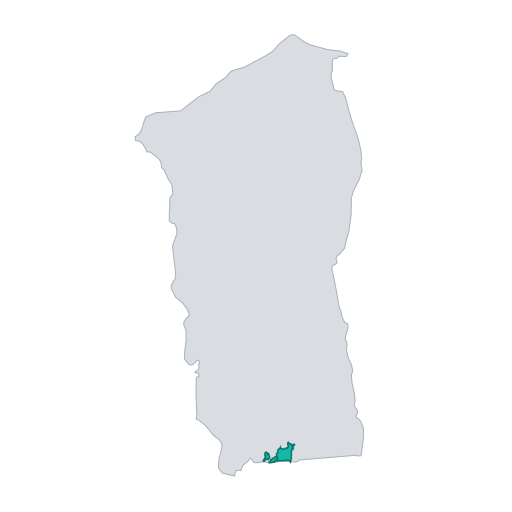 Kasena Nankana West, Upper East, Ghana (highlighted), rotated 176°
{"feature_id": "2480657B70680953475259", "entity_name": "Kasena Nankana West", "entity_type": "district", "adm_level": 2, "iso_a3": "GHA", "parent_name": "Ghana", "parent_adm1": "Upper East", "projection": "equal_earth", "projection_center": [-1.202, 10.874], "detail": "fine", "context": "in_parent", "style": "filled", "palette": "teal", "viewbox_px": 512, "rotation_deg": 176, "n_neighbors": 0, "source": "geoboundaries", "source_scale": "gbopen_adm2", "svg_char_len": 6654}
<svg xmlns="http://www.w3.org/2000/svg" viewBox="0 0 512 512"><g transform="rotate(176 256 256)"><path d="M304.2,41.5L307.5,45.6L308.2,47.9L307.0,56.7L304.7,62.8L303.2,68.6L303.4,71.5L304.8,74.4L309.7,78.9L312.2,81.8L315.2,86.3L318.6,90.7L324.5,96.3L327.0,97.4L326.9,98.9L326.1,101.1L325.5,122.3L325.1,127.7L324.7,130.5L324.2,138.4L323.5,139.5L322.4,139.4L321.4,139.7L321.2,141.3L321.6,142.9L325.1,144.0L324.3,145.2L321.7,146.3L320.5,148.7L321.1,151.4L319.6,153.6L320.0,155.1L321.0,156.1L322.4,155.8L326.6,152.1L328.3,151.7L330.4,152.5L334.4,158.0L334.5,160.7L333.0,170.1L331.4,177.3L331.1,186.9L332.8,192.3L332.6,195.2L330.8,197.8L326.7,201.5L327.0,204.0L328.9,208.7L332.3,214.0L339.1,220.5L342.6,229.0L342.7,232.4L340.6,235.9L338.2,238.9L337.4,243.2L338.6,271.7L333.3,284.0L333.2,287.5L333.8,291.6L335.2,294.1L337.9,294.8L340.1,297.2L339.4,305.8L338.2,314.7L338.0,319.0L337.4,321.0L335.3,322.7L334.5,325.4L335.0,328.9L334.6,331.4L335.8,334.7L338.2,338.9L342.1,349.1L343.6,349.9L344.3,352.0L343.9,354.1L345.4,358.6L349.7,363.1L354.3,367.1L357.9,367.6L358.8,371.2L361.2,375.7L363.0,377.6L365.8,378.9L368.1,379.6L368.2,383.4L364.1,386.0L361.3,389.9L359.2,395.9L356.2,402.4L346.0,405.9L342.1,405.9L321.2,406.0L301.7,419.0L290.4,423.6L283.5,430.8L274.2,436.0L267.7,442.3L254.2,445.3L232.0,455.2L225.0,459.1L218.0,465.9L206.6,474.0L202.1,473.9L193.2,466.4L186.5,462.6L170.0,456.8L157.8,454.6L151.9,452.1L150.2,451.7L151.6,449.0L155.0,448.8L158.6,449.6L161.4,447.6L165.4,447.3L166.4,445.2L166.7,439.7L166.7,435.3L168.1,433.4L168.5,428.2L166.5,416.8L165.1,415.5L158.0,413.8L157.4,411.6L156.1,409.2L154.8,403.3L153.2,394.5L150.7,383.6L145.9,365.7L144.8,359.4L144.0,352.9L143.8,345.2L144.8,342.4L144.6,338.4L144.2,334.4L147.6,325.3L154.3,314.1L155.7,310.1L156.9,307.3L157.1,303.3L158.3,290.3L161.5,274.6L163.5,268.7L164.8,265.5L166.5,260.2L166.9,257.8L173.0,251.6L175.8,250.0L176.4,247.5L175.5,244.9L175.9,243.1L177.4,242.2L179.6,241.5L181.3,238.9L178.7,219.6L176.7,200.3L176.5,198.7L175.3,196.0L174.1,188.1L172.0,183.4L169.2,182.0L169.2,177.7L172.1,170.2L172.9,165.9L171.5,164.6L171.3,161.2L172.3,155.8L171.8,152.4L171.3,148.8L168.3,140.4L167.5,134.4L169.1,130.9L169.1,123.3L167.4,111.5L167.2,104.1L168.3,101.0L167.8,98.0L165.6,95.2L165.5,92.5L167.3,89.9L167.1,87.8L164.8,86.3L162.7,82.7L160.9,77.0L161.3,67.8L164.8,50.9L165.2,49.4L169.1,49.5L169.1,50.2L181.4,50.1L195.3,49.9L212.0,49.7L227.2,49.5L227.8,48.7L230.3,47.8L245.6,49.5L255.2,48.6L259.3,49.2L262.2,50.4L268.8,49.6L272.4,50.1L275.0,54.3L276.1,54.2L277.6,52.5L280.2,50.4L282.9,48.8L284.9,45.5L286.0,43.0L287.8,43.5L290.3,43.4L292.0,41.3L292.6,38.0L304.2,41.5Z" fill="#d9dde1" stroke="#a8b0b8" stroke-width="1"/><path d="M236.9,67.8L237.3,67.5L237.3,67.1L237.4,66.9L237.3,66.7L237.4,66.4L237.4,66.2L237.5,65.5L237.5,65.3L237.4,65.2L237.2,65.0L237.1,64.6L237.1,64.3L237.1,63.9L237.1,63.4L237.3,63.2L237.5,62.9L238.5,62.6L238.4,62.1L239.1,61.9L239.2,62.3L242.2,61.3L242.3,61.3L242.5,61.2L242.7,61.3L243.2,61.6L243.3,61.8L243.5,61.8L243.6,62.0L244.0,62.1L244.2,62.3L244.3,62.3L244.3,62.5L244.5,62.7L244.9,62.6L245.2,62.9L245.2,63.2L245.5,62.7L245.7,62.3L245.8,62.3L245.8,62.2L246.7,61.6L246.9,61.7L247.2,61.4L247.4,61.5L247.5,61.4L247.7,60.5L247.7,60.1L247.8,60.0L248.0,59.8L247.9,59.3L247.8,58.9L247.9,58.6L247.9,58.1L249.3,57.7L249.3,57.4L249.3,57.1L249.3,56.7L249.2,56.6L249.3,56.5L249.2,56.1L249.2,55.6L249.2,55.4L249.2,55.1L249.1,54.9L249.0,54.7L249.4,54.6L249.7,54.5L250.1,54.6L250.4,54.7L250.7,54.6L250.8,54.3L251.0,54.2L251.1,53.8L251.3,53.8L251.5,53.8L251.5,53.7L252.7,53.2L252.8,53.0L253.0,52.8L253.1,52.7L253.3,52.9L253.6,52.7L253.7,52.9L253.8,52.8L254.3,52.3L254.4,52.0L254.7,51.9L254.9,51.9L254.9,51.7L255.0,51.5L255.3,51.3L255.5,51.4L255.5,51.2L255.5,50.9L255.6,50.7L255.8,50.4L256.2,50.4L256.3,50.3L256.5,50.2L256.8,49.9L257.2,49.5L257.3,49.5L257.3,48.8L256.5,48.8L254.7,49.0L251.6,49.1L251.6,50.3L249.6,50.1L249.7,50.5L249.8,51.1L249.7,51.2L249.7,51.3L249.7,51.5L249.6,52.0L249.4,52.5L249.2,52.7L249.1,53.0L248.8,53.7L248.6,53.5L248.6,53.3L248.5,53.0L248.5,52.7L248.6,52.4L248.7,52.1L248.5,51.9L248.5,51.7L248.4,51.4L248.6,51.2L248.7,50.9L248.6,50.7L248.4,50.5L248.5,50.5L248.5,50.4L248.3,50.3L248.2,50.1L243.9,50.0L243.4,49.9L241.2,50.0L240.4,50.1L238.7,50.1L238.4,50.3L238.2,50.2L237.8,50.0L237.6,50.1L237.4,50.0L236.8,49.2L236.1,48.0L236.0,48.3L235.7,48.4L235.8,49.3L235.8,49.5L235.7,49.6L235.4,49.9L235.3,50.0L235.1,50.5L235.1,50.9L235.0,51.0L234.9,51.3L234.9,51.5L234.8,51.8L234.8,52.0L234.8,52.3L235.0,52.7L234.9,52.8L234.9,53.2L234.9,53.5L234.8,53.9L234.8,54.1L234.7,54.3L234.7,54.5L234.6,54.9L234.4,55.0L234.4,55.3L234.5,55.4L234.6,55.6L234.5,55.8L234.6,56.4L234.5,56.7L234.6,56.9L234.4,57.3L234.3,57.5L234.4,57.9L234.5,58.0L234.4,58.2L234.5,58.4L234.3,58.7L234.3,59.6L234.2,59.6L234.0,59.8L233.9,59.9L233.7,59.9L233.5,60.0L233.4,60.1L233.3,60.5L233.2,60.8L233.1,60.7L232.9,60.8L232.6,60.6L232.4,60.9L232.5,61.0L232.3,61.4L232.3,61.5L232.1,61.9L232.2,62.0L232.6,62.4L232.6,62.5L232.5,62.8L232.4,63.3L232.3,63.6L232.4,63.8L232.2,63.8L232.2,64.1L231.9,64.3L231.7,64.3L231.0,64.4L230.9,64.5L230.8,64.8L230.8,65.0L230.7,65.3L230.9,65.5L231.5,65.6L233.3,63.8L233.7,65.1L233.6,65.7L233.7,65.8L233.8,65.8L234.2,65.8L234.4,66.0L234.6,66.0L234.9,65.9L235.0,66.0L235.1,66.3L235.4,66.3L235.5,66.4L235.9,66.3L236.0,66.6L236.0,66.8L236.1,67.0L236.4,67.2L236.6,67.2L236.6,67.3L236.6,67.5L236.8,67.5L236.9,67.8ZM260.8,57.6L260.9,57.4L260.8,57.2L260.7,56.9L260.8,56.9L260.7,56.7L260.8,56.6L260.7,56.4L260.8,56.3L260.7,56.2L260.8,56.1L260.8,55.7L260.7,55.5L260.7,55.4L260.8,55.4L260.7,55.2L260.7,54.8L260.8,54.6L260.9,54.1L261.3,53.7L261.3,53.4L261.5,53.2L261.7,52.8L261.8,52.6L262.1,52.6L262.4,52.6L262.5,52.5L262.5,52.3L262.4,52.2L262.5,52.0L262.7,51.9L262.8,51.7L263.0,51.3L262.9,51.0L263.0,50.8L262.9,50.6L261.8,50.6L261.8,50.9L261.7,51.0L261.4,51.5L261.3,52.1L261.2,52.2L260.9,52.4L260.8,52.2L260.6,52.3L260.5,52.5L260.6,52.9L260.4,52.8L260.1,52.9L260.1,53.2L259.8,53.0L259.8,52.8L259.7,52.7L259.0,52.1L258.8,52.1L258.6,52.2L258.0,52.1L257.6,52.3L257.6,52.5L257.5,52.8L257.5,53.0L257.4,53.0L257.2,53.3L257.0,53.5L256.7,53.5L256.4,53.9L256.4,54.0L256.5,54.3L256.4,54.4L256.5,54.6L256.5,54.9L256.6,55.1L256.7,55.4L256.7,55.5L256.7,55.8L256.9,56.1L257.1,56.5L257.1,57.4L257.0,57.5L257.3,57.9L257.3,58.0L257.8,58.3L258.0,58.5L258.2,58.0L258.3,58.4L258.5,58.3L258.8,58.4L258.9,58.7L259.0,58.9L259.0,59.0L259.1,59.4L259.3,59.5L259.4,59.4L259.7,59.6L259.8,59.4L260.0,59.3L260.1,59.2L260.1,59.3L260.1,59.2L260.2,58.9L260.3,58.9L260.4,58.7L260.4,58.4L260.4,58.5L260.5,58.4L260.6,58.2L260.7,58.3L260.7,58.0L260.8,57.9L260.8,57.7L260.8,57.6Z" fill="#14b8a6" stroke="#0f766e" stroke-width="1.5"/></g></svg>